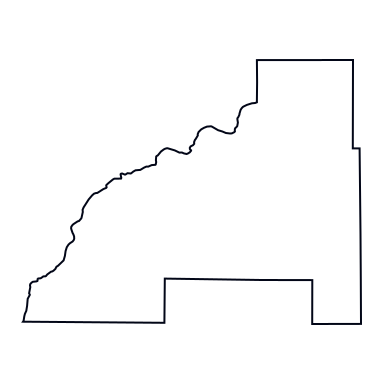 Burnett, Wisconsin, United States of America (Equal Earth projection)
{"feature_id": "52423323B90647147218833", "entity_name": "Burnett", "entity_type": "district", "adm_level": 2, "iso_a3": "USA", "parent_name": "United States of America", "parent_adm1": "Wisconsin", "projection": "equal_earth", "projection_center": [-92.579, 45.899], "detail": "fine", "context": "isolated", "style": "outline", "palette": "ink", "viewbox_px": 384, "rotation_deg": 0, "n_neighbors": 0, "source": "geoboundaries", "source_scale": "gbopen_adm2", "svg_char_len": 2089}
<svg xmlns="http://www.w3.org/2000/svg" viewBox="0 0 384 384"><path d="M23.0,321.7L164.4,322.8L164.8,278.6L261.2,280.0L312.3,280.1L312.2,324.0L361.0,323.9L360.8,280.2L360.5,234.3L359.6,148.4L352.8,148.4L353.0,60.0L256.9,60.1L257.1,82.3L256.9,100.3L256.9,102.3L255.1,103.0L251.9,103.3L246.9,104.9L243.6,106.5L242.8,107.0L241.6,108.3L240.6,109.9L239.5,113.6L239.4,114.7L238.3,117.1L237.4,118.3L237.4,119.4L237.9,122.6L237.3,125.7L237.2,126.2L236.3,127.2L235.2,128.2L234.9,129.0L234.8,130.5L234.9,131.5L234.2,132.2L231.8,133.4L230.1,133.5L225.9,133.0L222.4,131.5L218.1,130.2L211.9,126.6L211.0,126.3L207.0,126.6L204.0,127.8L201.2,129.4L198.6,132.0L197.7,134.2L197.8,135.5L195.7,139.0L194.9,140.0L194.4,141.3L194.1,142.1L194.2,143.8L193.0,145.2L190.6,146.4L189.8,147.8L189.9,149.1L190.2,149.6L191.1,150.3L191.1,150.7L189.8,152.3L187.9,153.5L186.6,154.0L183.9,153.4L181.9,152.5L179.4,152.6L174.8,150.4L168.1,148.4L167.1,148.2L165.2,148.7L163.8,149.4L161.0,151.5L157.8,155.4L156.7,156.0L156.2,156.5L155.9,160.2L156.2,162.1L155.7,164.5L155.4,164.8L151.7,165.1L148.3,166.6L146.3,166.6L144.1,167.6L140.3,169.9L135.5,170.3L133.1,171.7L132.2,172.5L130.8,173.5L127.5,173.2L125.5,174.5L124.9,174.6L122.1,173.5L121.1,173.7L120.7,174.0L120.6,174.6L121.3,177.9L121.0,178.6L114.3,178.7L113.0,179.4L108.7,182.9L106.4,185.0L106.2,185.6L106.6,187.3L106.2,187.9L103.3,189.1L97.4,192.9L95.7,193.1L94.0,193.7L92.1,195.4L88.7,199.4L83.6,207.4L82.6,209.8L82.8,212.0L81.5,217.9L81.2,218.5L79.0,221.0L77.6,221.4L73.5,224.1L72.6,224.9L71.3,226.7L71.1,228.2L71.4,229.5L72.6,233.0L73.3,234.2L74.1,236.4L74.2,238.8L73.7,240.1L72.6,241.5L70.0,243.2L68.5,244.6L66.8,247.2L65.6,251.0L64.9,255.9L63.6,260.4L58.0,265.8L56.5,266.7L55.9,267.8L55.4,268.9L53.6,270.6L52.4,271.4L51.0,271.7L47.2,274.5L46.0,276.0L45.4,276.3L43.3,276.4L41.3,277.9L40.5,278.3L38.2,278.5L37.6,279.1L37.5,280.7L37.4,281.0L36.4,281.4L32.8,281.8L31.5,282.7L30.2,284.2L30.0,285.5L30.3,287.1L29.1,293.3L29.8,294.6L29.8,294.9L27.7,298.8L27.1,305.8L26.3,310.8L24.9,313.9L24.3,316.3L23.6,320.8L23.0,321.7Z" fill="none" stroke="#020617" stroke-width="2"/></svg>